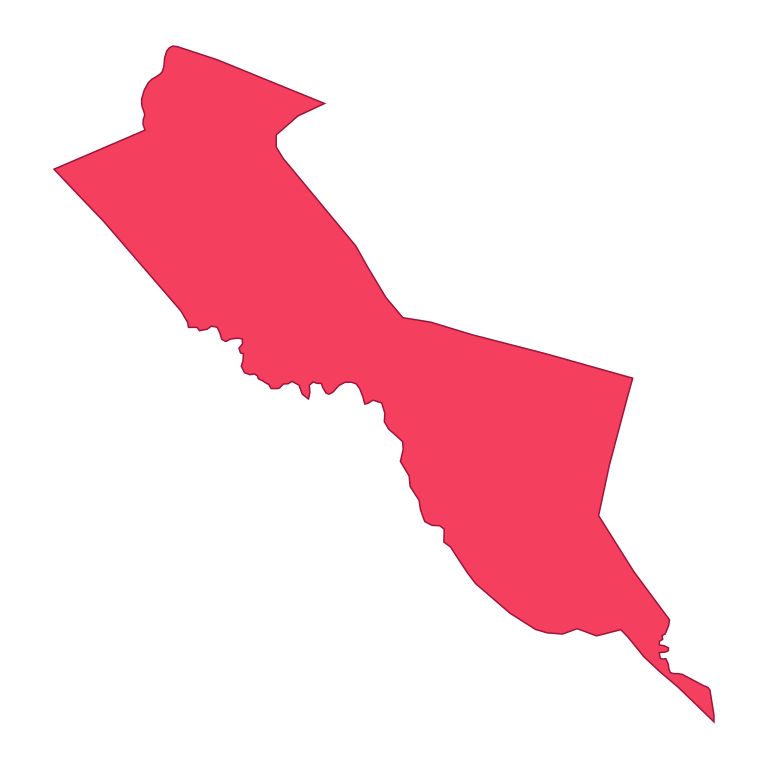 the district of Ar Rahad, Gedarif, Sudan
{"feature_id": "16777658B55257137653826", "entity_name": "Ar Rahad", "entity_type": "district", "adm_level": 2, "iso_a3": "SDN", "parent_name": "Sudan", "parent_adm1": "Gedarif", "projection": "mercator", "projection_center": [34.809, 13.193], "detail": "fine", "context": "isolated", "style": "filled", "palette": "rose", "viewbox_px": 768, "rotation_deg": 0, "n_neighbors": 0, "source": "geoboundaries", "source_scale": "gbopen_adm2", "svg_char_len": 3835}
<svg xmlns="http://www.w3.org/2000/svg" viewBox="0 0 768 768"><path d="M713.9,721.9L714.0,715.3L710.0,690.4L707.9,687.4L703.2,685.5L684.7,675.7L682.4,674.4L677.7,673.6L673.6,673.6L670.4,672.6L669.0,669.5L668.3,664.3L665.9,658.7L663.0,659.1L660.3,658.3L659.2,652.6L665.7,652.0L668.4,650.6L668.5,647.9L664.1,645.7L659.3,644.9L659.3,641.4L662.7,639.3L662.0,635.6L665.2,634.0L668.7,625.4L669.5,619.8L633.8,571.6L598.6,515.6L609.4,465.0L627.4,397.3L632.7,378.2L545.6,353.7L471.9,334.7L447.0,327.1L430.9,322.2L402.9,317.7L386.1,297.8L368.5,268.5L355.9,246.1L283.0,158.2L276.2,147.0L276.2,134.9L298.0,115.9L324.5,103.5L217.3,59.8L176.9,46.5L172.9,46.1L169.4,47.8L166.8,50.9L164.6,58.0L163.9,66.4L162.4,71.5L160.2,74.0L156.9,76.3L151.6,79.4L148.0,83.2L145.9,87.1L144.3,89.9L141.6,99.1L141.7,104.1L142.4,107.6L144.2,112.4L144.7,115.5L143.3,119.3L143.0,124.1L143.9,126.8L144.9,130.2L54.0,169.2L78.0,194.6L103.3,221.0L180.9,310.9L187.7,322.5L188.5,327.4L197.0,327.4L199.2,330.3L199.5,330.7L201.6,330.3L207.2,329.2L211.2,326.2L217.2,327.2L219.0,331.1L220.0,333.4L221.2,337.5L221.8,339.4L223.4,340.2L225.4,341.3L226.1,341.4L226.7,341.1L227.7,340.6L227.9,340.5L228.2,340.3L228.5,340.1L229.7,339.5L230.3,339.2L230.6,339.1L230.8,339.0L231.3,339.0L232.4,338.8L233.7,338.7L234.2,338.6L236.0,338.4L236.7,338.3L236.9,338.3L237.2,338.2L237.7,338.2L237.9,338.2L238.3,338.3L238.6,338.3L239.9,338.5L241.7,338.8L242.1,338.8L242.3,338.9L242.3,340.3L242.4,340.8L242.4,341.5L242.4,342.0L242.5,343.9L239.0,348.1L239.1,348.3L240.1,351.8L240.3,352.3L240.4,352.6L240.5,352.9L241.1,353.1L242.2,353.4L243.1,353.6L243.4,353.7L243.0,360.7L241.3,366.2L241.6,366.8L243.2,370.0L244.5,372.7L250.0,374.7L254.4,373.9L256.7,375.4L257.4,375.7L258.3,378.8L261.1,380.1L262.4,380.7L264.3,381.9L264.7,382.2L265.3,382.6L266.0,383.0L268.7,384.4L270.3,387.1L271.2,388.6L271.4,388.6L271.8,388.6L274.9,388.6L275.4,388.6L275.6,388.6L276.7,388.6L277.1,388.6L277.5,388.6L278.7,388.2L279.1,388.1L279.3,388.0L279.7,387.8L280.0,387.5L280.6,386.8L280.8,386.7L281.3,386.2L282.4,385.0L282.9,384.5L283.4,384.0L284.3,384.0L284.8,383.9L285.4,383.9L285.7,383.9L286.6,383.8L287.0,383.8L287.3,383.8L287.6,383.8L288.0,383.7L288.7,383.4L289.2,383.1L289.6,382.8L289.7,382.7L290.5,382.3L291.2,381.9L291.4,381.8L291.6,381.7L291.8,381.6L292.1,381.4L292.7,381.7L292.8,381.8L293.0,381.9L293.8,382.3L294.1,382.5L294.7,382.8L298.2,384.7L299.1,385.3L299.2,385.7L300.2,388.5L300.4,388.8L301.0,390.7L302.0,393.4L302.4,394.3L302.7,394.5L303.1,394.8L308.0,398.7L308.3,398.9L308.5,399.0L309.9,392.7L309.3,385.2L313.3,381.9L317.2,383.4L321.3,383.4L322.7,387.4L326.0,393.0L328.9,394.2L333.0,392.1L338.8,385.6L345.1,382.2L351.6,382.2L356.3,384.0L359.7,388.6L363.0,397.2L364.8,404.1L368.2,403.2L372.9,400.2L381.7,402.9L384.9,413.4L384.3,421.6L388.7,429.2L395.6,435.2L402.6,441.6L403.2,449.4L400.4,461.4L402.9,465.6L409.1,475.8L410.2,486.6L419.0,500.2L420.6,510.1L423.4,517.9L424.8,521.6L432.2,525.4L439.6,525.7L444.2,529.1L443.9,542.1L444.3,542.4L444.7,542.7L445.6,543.4L446.6,544.1L447.1,544.4L448.0,545.1L449.2,546.0L449.7,546.4L450.1,546.6L450.4,546.9L450.6,547.1L450.9,547.4L451.4,548.1L451.5,548.4L455.0,553.9L459.6,561.0L463.8,567.3L467.7,573.2L475.7,583.7L510.1,613.3L535.3,629.3L538.4,630.3L547.4,632.9L558.1,633.7L559.2,633.8L562.7,634.0L575.5,629.3L577.1,628.7L577.6,628.8L579.4,629.5L580.8,630.0L581.3,630.2L582.5,630.6L585.7,631.8L586.0,632.0L586.5,632.1L587.8,632.6L593.2,634.6L594.7,635.2L595.1,635.3L595.4,635.4L595.9,635.6L596.2,635.7L596.6,635.9L597.6,635.6L598.6,635.3L602.4,634.4L607.1,633.2L609.4,632.6L610.4,632.3L617.6,630.5L618.6,630.2L619.2,630.1L620.1,629.8L620.8,629.7L621.1,630.0L621.3,630.2L621.8,630.7L624.5,633.5L627.7,636.8L639.1,650.8L643.5,656.3L644.2,657.0L659.6,671.5L677.9,687.0L694.5,703.0L707.7,715.8L709.1,717.1L713.9,721.9Z" fill="#f43f5e" stroke="#9f1239" stroke-width="1.5"/></svg>